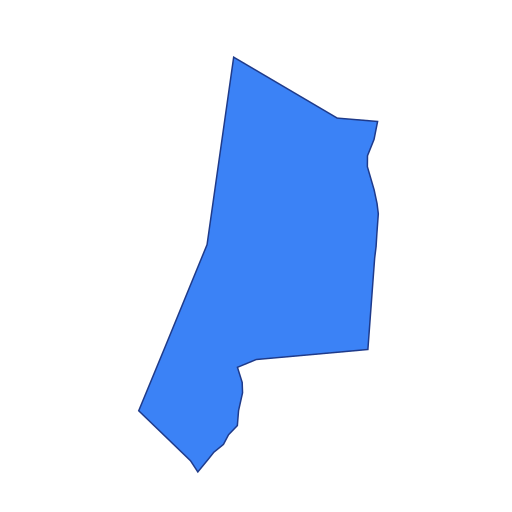 the district of Brejinho, Rio Grande do Norte, Brazil, rotated 348°
{"feature_id": "56859067B50769639219683", "entity_name": "Brejinho", "entity_type": "district", "adm_level": 2, "iso_a3": "BRA", "parent_name": "Brazil", "parent_adm1": "Rio Grande do Norte", "projection": "robinson", "projection_center": [-35.382, -6.216], "detail": "fine", "context": "isolated", "style": "filled", "palette": "blue", "viewbox_px": 512, "rotation_deg": 348, "n_neighbors": 0, "source": "geoboundaries", "source_scale": "gbopen_adm2", "svg_char_len": 518}
<svg xmlns="http://www.w3.org/2000/svg" viewBox="0 0 512 512"><g transform="rotate(348 256 256)"><path d="M364.1,138.0L275.5,56.9L210.5,234.7L148.5,325.6L109.1,383.0L149.4,442.7L154.2,455.1L166.9,445.0L173.9,439.2L185.0,433.5L192.0,425.1L202.5,418.0L206.8,403.6L214.4,387.0L216.2,376.8L214.7,361.0L234.7,357.3L346.0,370.7L371.7,282.5L375.4,271.8L378.7,259.9L384.4,240.2L385.3,229.9L385.3,215.9L383.5,191.8L385.9,181.1L395.7,166.5L402.9,149.7L364.1,138.0Z" fill="#3b82f6" stroke="#1e3a8a" stroke-width="1.5"/></g></svg>